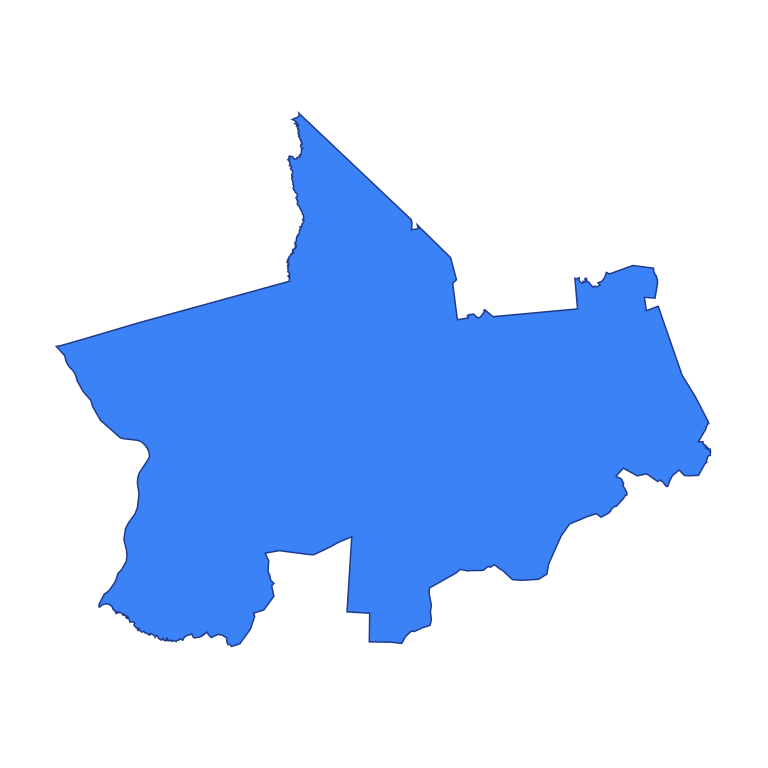 the district of Sējas pag., Sejas, Latvia, rotated 92°
{"feature_id": "27541924B77555962795430", "entity_name": "Sējas pag.", "entity_type": "district", "adm_level": 2, "iso_a3": "LVA", "parent_name": "Latvia", "parent_adm1": "Sejas", "projection": "mercator", "projection_center": [24.49, 57.215], "detail": "fine", "context": "isolated", "style": "filled", "palette": "blue", "viewbox_px": 768, "rotation_deg": 92, "n_neighbors": 0, "source": "geoboundaries", "source_scale": "gbopen_adm2", "svg_char_len": 6129}
<svg xmlns="http://www.w3.org/2000/svg" viewBox="0 0 768 768"><g transform="rotate(92 384 384)"><path d="M618.7,646.9L619.1,645.6L620.0,645.6L620.6,644.5L622.7,643.8L622.1,643.0L621.7,643.4L621.1,642.8L621.1,641.9L622.0,642.0L621.9,641.3L620.5,640.9L621.4,640.7L621.9,638.7L624.4,636.4L624.1,635.9L623.0,635.8L624.2,634.7L625.1,632.5L625.8,632.3L625.7,633.4L626.1,633.9L627.4,632.4L626.3,631.2L630.8,629.6L630.4,628.3L630.9,625.4L631.5,624.8L633.8,625.5L636.2,623.2L636.6,622.3L638.1,621.6L636.5,621.1L636.6,620.6L638.9,620.2L639.4,618.4L640.5,617.5L639.5,615.2L641.0,614.5L641.2,612.8L643.0,609.8L642.8,609.0L642.0,609.7L641.6,609.2L641.6,607.8L643.4,604.6L645.1,603.8L643.3,602.8L643.2,602.1L646.1,600.4L647.7,597.8L645.8,596.2L647.2,596.0L648.3,593.5L647.4,592.4L646.2,592.7L645.5,592.3L646.4,591.3L648.1,591.4L648.0,589.2L647.2,588.4L648.0,587.9L648.6,586.4L647.8,586.2L647.9,584.8L648.6,582.7L647.6,581.9L646.7,579.5L645.9,578.8L646.0,578.0L646.5,577.8L647.0,576.1L644.8,575.2L643.1,573.6L641.5,570.5L641.7,569.6L640.3,567.5L643.9,565.6L644.4,564.3L643.8,562.4L643.5,559.9L642.3,557.1L641.0,556.5L641.0,555.7L640.3,555.4L640.4,554.6L639.2,553.9L638.2,552.2L641.0,550.5L642.2,548.6L643.4,548.1L639.8,540.4L640.6,538.6L640.3,537.4L643.5,532.1L647.0,532.2L649.9,530.7L649.5,529.5L649.9,528.6L651.6,527.4L650.9,524.8L649.6,522.2L649.9,522.1L648.5,518.9L633.7,509.0L620.7,505.1L617.6,506.4L614.0,496.2L600.0,486.7L589.4,489.2L587.1,487.0L584.3,490.2L580.1,491.4L580.5,490.9L575.4,493.4L564.8,493.0L557.2,496.9L554.2,482.9L556.9,454.4L557.2,448.5L549.7,433.9L543.7,423.8L537.8,410.9L613.0,413.0L613.6,390.3L642.2,389.7L641.8,367.8L642.6,357.2L635.7,353.7L630.2,348.3L630.2,344.9L626.0,336.4L623.6,329.6L618.0,328.4L609.6,329.7L603.6,328.9L591.7,331.6L586.3,331.5L570.5,305.6L566.6,301.3L567.9,293.8L567.6,293.0L566.8,278.4L562.8,273.7L563.3,271.1L560.8,267.2L565.3,261.0L565.4,259.9L575.0,248.8L575.4,240.0L573.8,222.8L568.3,214.6L558.3,213.2L529.5,201.6L517.4,193.6L509.5,176.3L506.2,167.2L509.5,162.5L507.7,159.3L505.6,155.6L504.3,154.6L503.8,153.4L501.1,152.4L498.4,149.6L498.0,147.4L489.9,140.6L487.0,139.0L486.2,137.3L483.6,137.7L477.2,141.5L475.1,141.1L470.6,143.4L468.6,148.2L467.9,148.8L459.8,141.9L466.9,127.6L464.6,118.3L471.9,107.1L470.3,105.1L472.4,101.6L475.2,99.6L476.7,97.6L476.1,96.8L469.7,94.6L465.4,92.4L459.7,86.1L464.9,80.6L465.1,75.8L464.3,66.5L452.0,60.2L451.2,58.7L448.9,59.2L447.4,58.3L444.9,57.9L443.8,55.3L441.1,55.6L440.5,55.2L439.9,56.1L439.3,56.1L439.4,55.6L437.8,55.7L438.1,56.4L437.2,57.5L438.0,57.4L437.9,58.3L435.8,59.1L436.9,59.9L436.7,60.4L434.5,60.3L434.5,60.8L433.4,61.4L433.7,62.0L432.8,62.9L430.6,63.2L430.6,67.8L418.2,61.0L412.7,59.3L412.3,58.1L410.4,58.6L385.7,72.5L364.8,86.4L296.7,112.7L301.6,124.4L288.3,126.8L288.7,116.1L273.0,114.1L269.9,114.5L267.0,115.8L266.7,115.5L265.2,116.8L262.4,118.2L258.8,118.8L256.9,139.5L266.1,162.5L264.7,165.7L269.7,167.1L273.1,169.3L273.7,169.8L275.4,173.7L277.5,171.5L279.0,173.6L279.4,175.2L278.8,177.0L280.0,178.0L277.8,180.7L275.1,182.7L275.0,183.7L274.3,184.7L271.3,185.4L271.4,186.3L271.9,186.9L274.8,186.3L275.0,187.7L274.5,188.6L275.9,188.5L276.3,189.1L275.9,190.4L273.8,192.7L271.1,192.6L272.0,194.6L271.7,196.9L302.2,193.2L312.9,277.4L306.2,286.0L307.2,286.9L308.3,286.0L309.3,286.6L311.8,289.0L313.0,289.2L314.8,291.7L313.3,294.6L312.4,295.1L311.1,296.8L311.0,298.0L311.8,299.2L311.4,300.7L312.7,303.1L315.1,302.2L317.2,312.9L280.9,318.9L277.3,315.2L255.3,321.9L223.9,356.3L227.6,355.1L228.9,361.8L222.0,361.7L218.7,362.6L116.4,478.5L118.2,478.0L120.0,478.9L122.8,484.9L123.5,483.2L125.5,480.2L126.4,480.7L126.5,481.9L126.8,482.3L127.7,480.3L127.3,479.1L127.5,478.7L129.0,478.6L129.3,479.1L128.6,480.2L129.6,480.4L129.9,479.5L130.7,478.9L132.1,479.2L132.2,478.2L133.2,478.6L134.2,477.8L134.7,478.6L137.2,478.3L137.1,477.7L137.9,477.2L138.5,477.7L139.7,477.3L139.9,477.7L140.4,476.9L142.7,476.3L143.0,475.4L144.5,475.6L145.0,474.8L146.5,474.4L147.2,474.2L147.1,475.1L148.2,475.6L149.4,475.5L150.6,474.9L151.5,473.4L152.2,474.7L157.1,474.7L157.5,475.1L157.6,475.9L158.3,476.4L159.9,475.8L159.9,477.3L161.0,478.9L161.9,478.8L161.8,480.1L162.5,481.5L161.3,482.6L160.1,483.0L159.5,486.4L160.5,487.1L161.1,486.2L161.7,486.2L163.2,487.9L163.7,487.4L163.4,486.6L163.6,486.4L165.2,486.5L165.5,485.8L167.0,485.7L169.1,486.1L169.8,483.7L171.9,485.0L173.1,484.3L173.6,483.1L175.1,482.7L179.1,483.6L180.1,482.5L181.6,483.4L186.4,481.7L187.6,482.1L188.8,481.0L191.6,481.7L192.0,481.1L193.1,481.2L193.4,480.0L195.4,479.5L197.0,477.3L200.3,477.5L200.9,478.5L204.4,476.6L207.0,477.0L208.4,476.3L209.2,474.9L210.6,474.6L214.7,472.0L217.4,471.3L218.1,470.4L220.0,470.0L223.0,471.0L223.4,470.6L223.2,469.7L225.6,470.3L226.9,471.4L229.4,471.8L229.7,472.2L229.5,472.9L230.0,473.5L231.8,472.6L233.1,473.8L236.4,474.0L237.8,474.8L238.3,475.7L239.3,475.6L240.1,476.4L244.7,476.8L245.8,478.0L247.8,477.6L248.2,476.6L249.1,477.5L249.4,476.6L250.8,476.7L251.0,477.7L251.9,477.7L252.6,478.4L252.3,479.0L252.5,479.4L253.1,479.3L253.4,480.1L254.5,479.4L254.8,480.0L255.4,480.1L256.4,479.1L256.5,480.3L257.6,481.8L259.0,481.8L259.6,482.7L261.4,483.9L263.0,483.5L263.0,484.4L263.3,484.8L264.7,484.0L265.1,485.1L266.1,485.1L266.5,484.0L267.3,483.4L267.7,483.8L268.2,483.4L268.4,484.2L268.9,484.5L269.5,484.3L269.7,483.6L271.6,484.4L272.5,483.7L275.2,484.0L275.7,483.1L277.2,482.1L278.8,482.1L279.0,482.5L278.8,483.3L279.4,483.7L280.5,483.0L280.5,482.1L281.0,481.8L283.0,482.4L284.6,482.1L331.6,631.9L352.3,694.0L356.8,707.9L357.9,712.8L367.1,703.9L371.5,702.9L375.0,701.2L378.3,698.8L381.2,695.6L383.7,693.7L386.5,692.3L391.5,690.8L402.2,684.3L410.5,676.5L416.9,674.3L430.1,666.1L446.8,645.9L447.7,642.9L448.9,628.1L450.4,624.1L453.9,620.2L457.3,617.8L460.6,616.4L464.6,615.8L467.0,616.7L481.5,625.5L486.3,626.8L491.5,627.0L502.4,625.0L516.1,626.1L522.5,628.3L531.5,634.4L537.6,637.3L548.5,638.5L559.3,635.5L564.4,634.9L569.9,635.3L578.6,639.7L582.5,643.2L589.3,645.1L592.4,646.6L600.1,651.5L603.8,656.2L613.8,661.0L616.6,661.2L616.7,660.0L614.8,658.3L613.5,655.3L613.4,652.7L614.1,650.5L616.1,647.9L618.7,646.9Z" fill="#3b82f6" stroke="#1e3a8a" stroke-width="1.5"/></g></svg>